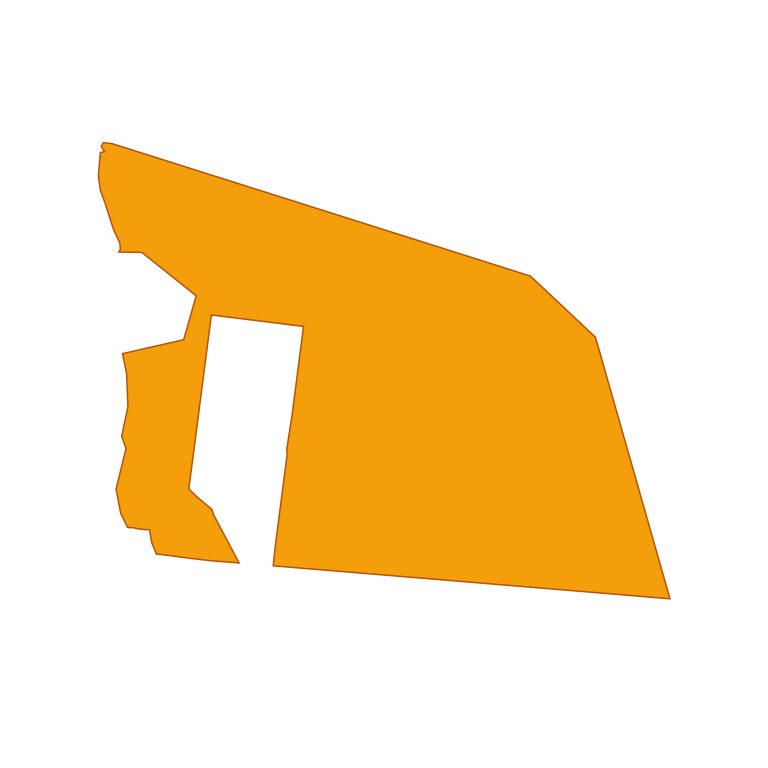 Zemam Out, Ash Sharqiyah, Egypt, rotated 8°
{"feature_id": "37247803B42023857067519", "entity_name": "Zemam Out", "entity_type": "district", "adm_level": 2, "iso_a3": "EGY", "parent_name": "Egypt", "parent_adm1": "Ash Sharqiyah", "projection": "equal_earth", "projection_center": [31.428, 30.239], "detail": "fine", "context": "isolated", "style": "filled", "palette": "amber", "viewbox_px": 768, "rotation_deg": 8, "n_neighbors": 0, "source": "geoboundaries", "source_scale": "gbopen_adm2", "svg_char_len": 1372}
<svg xmlns="http://www.w3.org/2000/svg" viewBox="0 0 768 768"><g transform="rotate(8 384 384)"><path d="M299.6,579.5L697.1,556.9L586.9,308.3L514.0,256.8L432.3,243.0L81.1,183.8L72.4,184.1L70.9,188.1L74.9,192.8L70.9,194.3L72.2,217.6L76.1,231.5L82.8,244.0L94.8,268.9L102.9,281.4L104.2,287.6L103.0,290.2L125.9,287.4L185.7,322.8L179.5,368.0L120.8,390.3L127.7,409.8L133.6,442.2L131.5,472.2L137.5,483.8L133.3,525.4L141.2,548.6L149.7,561.3L149.8,561.5L151.6,561.8L152.8,561.6L154.4,561.3L154.7,561.3L156.7,561.2L157.0,561.3L157.9,561.5L159.0,561.6L161.1,561.6L163.9,561.5L165.8,561.5L166.9,561.6L168.8,561.2L170.7,561.1L171.4,561.1L172.1,561.1L172.6,562.6L172.9,563.6L174.0,566.9L174.4,568.3L174.8,569.6L175.3,571.1L175.9,572.7L176.1,573.4L176.3,573.9L176.5,574.2L176.8,574.8L177.3,575.6L178.1,576.8L178.6,577.8L179.5,579.1L180.1,580.2L181.1,581.8L181.5,582.8L182.3,584.2L183.1,584.0L183.9,584.0L184.2,584.0L186.8,583.9L188.2,583.9L189.3,583.9L191.1,583.9L193.1,583.8L195.0,583.8L197.2,583.7L198.5,583.6L201.1,583.8L203.2,583.6L206.2,583.8L229.6,583.3L230.9,583.2L232.2,583.2L233.5,583.2L238.8,583.0L265.4,581.4L233.6,537.4L231.5,533.3L231.3,532.8L231.2,532.6L231.0,532.2L215.0,522.1L205.3,515.3L205.2,506.7L205.0,481.9L203.8,372.3L203.5,339.7L296.3,338.2L297.3,427.0L296.8,462.1L297.9,467.3L298.9,559.3L299.6,579.5Z" fill="#f59e0b" stroke="#b45309" stroke-width="1.5"/></g></svg>